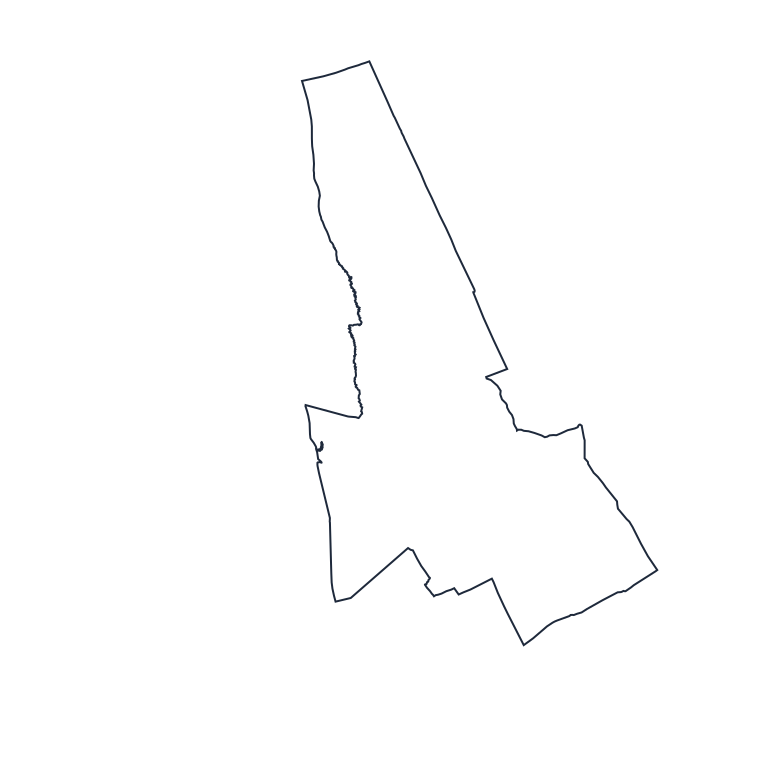 the district of Terpezita, Dolj, Romania, rotated 59°
{"feature_id": "2599482B57924090457119", "entity_name": "Terpezita", "entity_type": "district", "adm_level": 2, "iso_a3": "ROU", "parent_name": "Romania", "parent_adm1": "Dolj", "projection": "albers", "projection_center": [23.49, 44.289], "detail": "fine", "context": "isolated", "style": "outline", "palette": "slate", "viewbox_px": 768, "rotation_deg": 59, "n_neighbors": 0, "source": "geoboundaries", "source_scale": "gbopen_adm2", "svg_char_len": 6120}
<svg xmlns="http://www.w3.org/2000/svg" viewBox="0 0 768 768"><g transform="rotate(59 384 384)"><path d="M678.8,387.2L675.7,369.1L675.4,362.5L675.5,360.1L675.9,357.3L678.4,344.5L678.1,343.0L678.9,341.5L679.8,340.3L680.4,336.8L681.6,332.3L681.4,325.9L681.9,308.0L682.9,291.0L684.4,288.1L684.6,287.2L684.7,285.3L685.6,284.4L686.0,283.7L685.6,277.1L685.1,273.6L684.4,247.4L684.2,245.6L667.5,246.5L653.3,246.0L634.7,244.6L628.4,244.6L624.8,245.6L611.4,247.7L607.6,246.2L604.6,244.7L586.9,247.1L581.9,247.4L573.8,248.5L568.2,250.0L557.8,250.2L555.7,249.4L551.0,250.3L535.6,241.0L533.0,240.3L521.5,236.0L519.7,236.9L519.5,237.6L519.8,238.8L520.8,240.2L520.4,243.3L518.2,250.4L517.4,257.9L516.7,262.6L515.0,265.1L513.3,268.6L513.2,271.3L512.4,273.6L509.3,275.4L503.5,280.2L498.9,284.5L496.2,288.2L493.9,289.9L492.4,292.3L492.4,294.0L491.1,293.4L487.5,293.4L484.7,293.1L480.8,291.1L476.5,290.3L472.2,290.9L467.7,290.6L465.4,289.5L463.5,289.4L458.0,290.8L452.8,289.7L449.9,287.5L443.9,287.7L435.7,290.3L432.2,293.2L430.6,292.8L434.6,270.7L403.0,267.5L378.6,264.6L351.5,260.3L351.3,260.2L351.6,259.6L351.6,259.0L351.1,258.5L350.5,258.1L349.1,257.8L306.8,253.9L294.7,251.9L282.1,250.5L268.0,249.4L249.3,247.2L235.7,246.0L222.2,244.0L184.1,240.1L182.0,239.7L177.9,239.5L176.6,239.2L175.9,238.9L173.3,238.9L161.3,237.6L159.2,237.6L143.8,235.6L99.9,230.4L99.0,234.9L98.1,238.5L97.6,241.6L94.9,252.1L94.4,255.5L92.5,264.8L89.0,277.6L82.0,298.2L101.3,303.3L120.0,310.2L126.1,313.2L136.3,319.3L140.6,321.7L143.2,323.1L151.2,326.5L159.2,330.6L164.7,334.3L167.3,335.4L169.2,336.6L172.1,338.0L175.0,338.5L180.8,339.1L185.7,340.4L189.6,342.0L193.3,345.4L198.2,348.6L202.7,350.6L206.6,351.8L207.9,351.9L210.9,353.0L213.2,353.0L219.2,354.1L224.2,354.4L228.8,355.2L233.7,356.4L235.1,356.3L236.0,355.9L237.6,355.8L239.5,356.0L240.4,356.6L241.1,356.3L241.8,356.6L242.4,356.1L243.3,356.6L243.9,356.4L245.5,356.5L246.3,356.8L248.2,358.1L250.0,358.9L250.8,359.1L253.5,360.5L254.9,360.3L255.2,360.7L256.8,360.2L258.1,360.9L258.8,360.3L259.3,360.5L260.1,360.0L260.6,360.0L261.5,359.3L262.0,359.4L262.5,359.8L263.5,359.3L264.1,359.8L266.1,358.9L267.0,358.9L267.5,359.5L267.8,359.5L268.0,359.2L268.0,358.4L269.2,358.1L269.7,358.1L270.4,358.7L271.8,358.8L272.9,358.4L274.7,359.0L275.0,358.8L275.5,358.9L275.8,358.6L275.8,357.9L275.3,357.5L275.2,357.2L275.6,356.9L276.4,357.3L276.9,357.9L277.0,358.4L276.8,359.0L276.8,359.6L277.1,360.4L277.3,360.5L278.2,359.8L278.9,360.0L279.6,359.5L280.3,360.0L281.3,359.7L281.5,359.8L281.7,360.2L281.4,361.3L281.4,361.5L281.8,361.8L284.3,361.7L284.5,361.8L284.6,362.4L284.9,362.4L285.7,361.5L286.2,361.4L286.9,361.5L288.0,361.1L288.1,362.2L288.6,362.7L289.6,362.2L289.5,361.8L289.6,361.5L290.1,361.5L290.7,361.1L291.6,361.9L291.7,363.0L292.1,363.6L293.1,363.9L293.1,363.6L293.4,362.9L293.7,362.8L294.0,362.9L293.7,363.4L293.9,363.7L294.5,363.9L294.9,363.3L295.1,363.3L295.5,364.2L297.0,364.7L297.6,366.0L298.5,365.9L298.8,366.3L299.2,366.4L300.3,365.9L301.1,365.8L301.3,366.0L301.1,366.6L301.2,366.8L302.5,366.7L303.2,366.4L303.4,366.6L303.4,367.3L303.8,367.4L304.2,367.3L305.1,366.2L306.0,365.7L306.1,366.0L306.0,366.6L307.4,366.5L307.6,367.1L307.4,367.7L308.7,367.7L308.6,368.1L308.3,368.4L308.4,368.7L309.3,369.0L309.4,369.6L309.9,370.0L310.5,369.9L310.7,370.3L311.6,370.1L312.3,370.5L313.0,370.1L313.7,370.7L315.2,370.3L315.3,371.1L315.7,371.6L316.0,371.7L319.5,371.4L320.8,372.8L320.5,373.6L321.0,374.0L321.1,374.6L320.7,375.1L319.5,375.5L319.3,375.9L318.8,377.4L317.8,379.3L317.9,380.6L316.9,381.7L315.9,383.3L316.0,383.8L316.6,384.3L317.3,384.4L318.1,383.9L318.6,383.9L318.7,384.3L318.5,385.0L318.5,385.6L320.3,385.0L321.0,385.1L321.6,387.0L322.2,386.9L323.0,386.2L323.7,386.0L324.2,386.6L325.4,387.1L325.7,386.1L326.3,386.0L326.6,386.3L327.0,387.5L328.0,387.3L328.1,386.8L328.8,386.6L329.9,387.2L331.2,387.1L331.8,388.0L332.2,388.2L333.2,387.8L334.1,388.8L334.6,388.6L335.1,388.7L335.7,389.5L337.2,389.2L339.0,390.9L339.7,390.6L339.9,390.8L340.1,391.4L340.4,391.8L341.2,391.9L341.3,392.4L341.9,392.5L342.3,393.0L343.5,393.4L343.9,393.1L344.2,393.1L344.4,394.2L344.9,394.5L344.6,394.9L344.6,395.2L345.1,395.4L345.6,395.4L347.1,396.2L348.0,397.3L348.1,397.7L348.8,398.3L349.5,398.3L350.2,399.0L350.4,398.9L350.7,398.6L351.6,398.3L352.4,398.4L353.8,400.2L354.1,400.3L355.2,399.4L355.6,399.9L355.9,400.9L356.6,401.1L357.1,400.7L357.4,400.8L359.0,402.2L359.7,402.3L362.4,403.7L363.4,404.8L363.7,405.9L364.2,406.4L364.4,406.2L365.2,406.5L365.6,407.3L366.7,408.1L367.5,407.9L369.4,408.9L370.1,408.6L370.6,408.1L371.2,408.4L371.5,409.5L371.9,409.7L372.8,409.5L373.6,409.0L375.5,409.2L376.7,408.4L380.1,409.9L380.8,411.4L383.2,413.1L384.4,412.9L385.8,413.3L386.2,414.6L388.5,414.2L390.1,414.1L390.3,415.1L391.3,415.5L392.8,414.7L395.7,417.7L396.6,417.4L398.2,418.0L398.4,419.2L399.2,420.9L400.1,423.1L400.0,423.5L397.9,425.3L393.8,431.0L393.1,431.8L361.7,462.0L362.0,462.2L362.4,462.7L368.0,464.0L372.2,465.2L379.2,467.9L388.9,473.3L392.4,474.9L393.6,475.0L398.2,474.5L402.5,474.6L403.6,474.9L404.5,475.6L405.2,475.8L405.9,474.8L406.7,473.1L406.8,472.5L406.5,471.3L405.6,470.6L404.6,469.4L403.0,468.5L402.0,468.1L401.7,467.4L402.1,467.2L402.6,467.6L404.2,467.6L405.7,468.8L406.8,469.3L407.3,470.1L408.1,470.9L408.2,471.4L407.7,472.4L408.3,472.9L408.4,473.2L407.9,473.9L407.0,474.8L406.6,476.1L407.9,476.4L414.4,479.1L418.0,478.0L418.6,478.0L419.0,477.9L419.2,478.1L419.0,478.4L418.1,479.0L417.8,479.4L417.1,481.2L417.2,481.6L418.8,482.6L420.1,483.2L426.9,485.6L471.0,499.4L474.2,501.5L474.9,501.7L519.0,526.6L527.2,531.1L532.9,533.6L539.7,535.9L545.6,537.6L550.3,522.7L537.0,447.9L539.8,446.6L541.5,444.9L550.8,445.6L559.3,445.8L566.0,445.2L572.8,444.9L573.7,444.5L574.2,444.8L574.6,445.6L575.0,447.0L576.1,447.8L576.2,448.4L576.0,448.9L576.1,449.2L577.3,450.5L577.4,450.8L577.0,451.6L577.0,452.2L577.2,452.3L580.8,452.1L585.3,451.2L588.5,451.0L589.8,450.6L591.7,450.5L591.6,448.5L592.5,446.1L593.3,442.6L593.7,437.3L594.9,432.2L595.2,429.0L602.9,428.4L603.5,423.2L604.7,415.8L606.4,391.8L610.2,392.1L621.6,394.0L636.6,395.6L644.9,396.3L679.8,398.7L678.8,387.2Z" fill="none" stroke="#1e293b" stroke-width="2"/></g></svg>